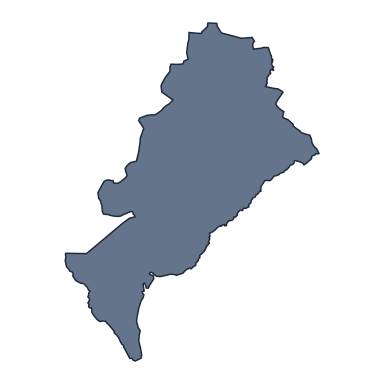 outline of Sumaila, Kano, Nigeria
{"feature_id": "59680162B87731060313783", "entity_name": "Sumaila", "entity_type": "district", "adm_level": 2, "iso_a3": "NGA", "parent_name": "Nigeria", "parent_adm1": "Kano", "projection": "mercator", "projection_center": [8.898, 11.256], "detail": "fine", "context": "isolated", "style": "filled", "palette": "slate", "viewbox_px": 384, "rotation_deg": 0, "n_neighbors": 0, "source": "geoboundaries", "source_scale": "gbopen_adm2", "svg_char_len": 5964}
<svg xmlns="http://www.w3.org/2000/svg" viewBox="0 0 384 384"><path d="M268.3,47.6L263.6,47.4L261.2,48.2L253.5,49.1L252.8,45.9L252.9,43.2L254.5,41.2L252.0,37.4L250.3,37.6L241.4,38.3L225.9,34.1L221.4,33.0L217.1,26.1L217.1,25.0L216.8,23.4L209.2,23.0L207.8,23.2L207.4,26.7L201.7,32.0L201.6,33.1L201.2,33.4L197.5,33.3L189.0,32.5L188.9,39.0L187.8,43.5L186.7,52.6L188.1,59.3L187.9,59.5L184.1,60.9L182.8,64.0L177.6,64.4L171.0,64.2L169.9,67.2L170.0,69.1L169.8,71.7L165.5,77.1L161.6,84.2L161.1,86.1L161.8,92.1L173.0,100.0L168.8,104.2L167.1,105.1L165.5,106.2L163.4,108.0L161.5,110.5L158.8,112.3L156.4,114.1L154.3,114.9L151.1,114.9L147.2,115.3L139.8,118.0L138.6,120.5L143.7,128.2L141.9,133.7L140.7,136.8L140.3,138.4L140.2,141.1L139.8,144.1L138.6,152.2L136.4,161.2L130.4,162.6L126.5,166.1L125.8,167.6L125.2,168.3L125.4,169.1L125.5,171.0L127.1,175.0L126.8,176.3L125.1,178.1L124.0,178.9L123.1,179.8L122.3,180.4L120.4,181.9L119.2,182.5L118.4,183.0L116.7,183.4L115.9,183.3L114.5,183.0L113.6,182.9L113.2,181.4L113.1,180.6L111.5,180.6L109.8,180.2L109.6,180.2L108.8,179.9L108.3,179.9L108.2,180.0L107.1,180.1L105.7,180.5L103.8,181.8L97.9,192.7L98.7,198.3L99.9,199.9L100.7,201.8L100.9,203.0L101.7,204.7L102.2,208.4L102.1,210.1L102.6,211.9L103.5,214.1L105.6,214.4L108.2,214.6L110.4,215.4L114.4,216.2L118.4,216.4L120.9,216.0L123.4,214.6L131.0,211.5L132.2,211.6L132.9,212.3L133.2,214.1L134.4,215.1L134.9,216.1L135.0,216.8L129.3,218.3L122.4,223.5L86.5,253.6L65.6,253.3L65.5,255.2L66.0,256.7L65.5,258.9L65.2,260.9L65.8,263.2L66.1,265.0L66.6,266.8L68.6,268.9L69.9,271.2L72.2,272.1L73.0,273.3L73.2,274.5L72.7,275.7L74.1,278.1L75.9,280.6L78.1,281.9L80.9,283.2L84.2,283.8L85.5,285.6L86.8,286.7L87.8,288.3L88.6,290.2L90.0,291.0L88.9,292.8L88.4,295.5L87.9,296.8L89.4,298.6L89.5,300.2L87.9,302.9L89.0,304.3L88.7,305.4L88.6,306.8L89.9,308.0L91.1,308.0L91.7,308.7L91.8,310.2L91.8,312.0L92.5,313.5L94.1,315.9L97.5,319.9L99.8,321.5L102.4,321.1L104.1,321.0L105.4,321.3L107.3,323.5L109.8,325.9L114.3,331.5L114.2,332.9L116.5,334.9L118.8,337.9L120.2,341.3L122.0,344.4L123.6,345.5L123.9,347.4L125.9,351.1L129.8,358.4L131.9,358.3L133.2,360.2L135.3,361.0L141.2,358.1L141.7,355.2L141.0,350.9L140.3,347.0L140.1,346.5L138.8,341.1L139.2,335.1L140.2,330.7L138.2,327.6L136.6,321.4L136.9,317.3L137.9,312.8L138.9,307.8L141.1,300.9L142.9,298.1L143.9,294.9L142.8,293.5L142.1,291.4L144.1,291.1L143.5,286.9L143.2,284.1L143.3,283.6L144.7,283.2L145.9,286.2L146.3,288.0L147.5,288.2L148.3,288.1L149.4,285.6L153.8,278.8L153.3,276.0L152.2,275.3L149.7,274.5L149.8,272.6L151.6,272.3L152.6,272.8L152.9,273.1L153.5,274.0L154.5,275.0L155.3,275.2L156.0,275.7L156.3,276.2L157.0,276.4L157.9,276.4L158.8,276.3L159.8,276.7L166.2,275.3L170.8,274.1L176.2,274.9L176.3,275.3L182.9,273.2L184.9,271.0L186.8,269.3L188.4,268.7L189.4,268.1L190.1,268.0L190.3,268.2L190.6,268.7L191.2,268.7L192.0,268.1L192.6,267.3L193.1,266.9L193.3,266.9L194.4,265.9L195.6,265.5L195.8,264.2L196.0,263.2L196.4,262.4L197.5,261.6L198.3,260.5L198.3,259.4L199.0,258.2L199.7,257.9L199.9,256.7L199.6,255.8L200.2,254.9L201.6,254.0L201.9,253.5L202.2,253.4L202.6,252.9L203.3,252.1L204.2,251.4L204.4,250.4L204.6,250.0L204.8,249.9L205.1,249.9L205.4,249.8L205.5,249.2L205.9,248.1L205.8,247.6L205.9,247.3L206.4,247.1L206.8,246.6L206.7,246.4L206.5,246.2L206.7,245.7L206.8,245.6L207.1,245.6L207.4,245.4L209.3,243.4L209.2,243.2L208.9,243.2L208.4,242.9L208.4,242.7L208.5,242.4L208.9,242.1L208.5,241.6L208.5,241.2L208.6,240.9L208.8,240.7L209.2,240.1L209.7,238.6L209.5,238.1L209.2,237.8L209.0,237.3L209.6,236.8L210.0,236.2L209.9,235.4L209.4,233.4L210.8,232.7L211.7,232.1L212.5,232.0L216.0,229.1L217.2,227.6L218.9,226.7L220.0,225.8L220.8,226.2L221.6,225.9L222.3,225.1L223.2,224.7L224.4,224.5L224.6,225.0L224.5,225.7L225.3,225.8L226.0,225.7L226.4,225.5L226.5,224.9L226.2,224.6L226.3,224.1L226.7,223.8L227.1,222.9L227.6,222.2L228.1,221.4L229.0,220.8L230.0,220.7L230.9,220.5L232.0,220.3L233.8,218.4L233.8,217.3L234.2,217.1L234.8,216.9L235.6,217.0L237.4,215.1L237.2,214.2L237.6,213.1L238.1,212.3L239.5,210.6L240.6,210.0L241.4,210.1L241.9,210.5L242.4,210.6L242.8,210.4L243.1,208.9L243.4,208.4L244.2,208.2L245.7,208.4L247.8,207.3L248.8,206.9L248.7,206.0L248.9,204.1L249.2,203.9L249.9,203.8L251.0,202.5L251.2,200.3L252.4,199.1L252.9,198.0L254.0,197.5L255.2,196.8L255.9,195.6L256.2,194.6L257.4,194.2L258.4,193.2L258.9,192.1L260.0,191.6L261.1,190.9L260.5,189.9L260.9,188.6L260.8,186.9L262.2,184.7L264.9,180.6L266.0,180.4L267.6,180.5L269.1,180.7L270.7,180.1L272.0,178.9L272.9,177.4L274.4,176.0L275.8,175.8L277.6,175.2L279.0,174.6L280.1,173.3L283.6,172.2L285.1,170.4L286.8,169.7L287.5,168.7L288.8,167.6L290.2,165.2L292.6,164.5L293.7,163.6L294.2,162.3L294.3,161.1L295.2,160.6L297.1,161.0L298.8,161.5L300.9,162.3L302.7,163.0L303.3,164.0L304.0,164.9L306.6,163.1L308.9,160.9L310.8,159.5L311.5,158.5L311.6,156.9L312.3,155.8L313.8,155.4L315.3,154.6L315.6,153.8L316.8,153.7L318.0,153.9L318.4,153.1L318.8,153.2L318.5,152.3L316.6,148.8L313.6,145.9L312.0,142.6L311.3,138.9L309.9,135.3L304.2,133.7L301.0,132.4L300.2,131.2L295.3,127.8L293.1,125.9L293.1,124.4L287.9,119.6L284.6,118.4L282.5,117.0L283.2,114.0L283.9,111.8L280.5,109.5L277.2,106.5L275.7,103.9L277.4,100.5L283.0,92.2L282.0,91.2L278.0,88.9L274.6,88.5L267.3,87.0L265.5,86.3L265.8,86.1L266.3,85.8L266.5,85.4L266.5,85.2L266.2,84.8L266.2,84.5L266.8,84.0L267.2,83.4L267.3,82.6L267.0,82.1L266.6,81.6L266.4,81.2L266.5,80.8L266.7,80.5L266.9,80.4L267.3,79.8L267.3,79.4L267.1,79.1L266.9,77.6L267.4,77.1L267.8,76.8L268.3,76.1L268.7,75.1L270.3,73.9L270.5,73.7L270.6,73.2L270.6,72.8L270.2,72.5L269.9,72.3L269.9,71.9L270.3,71.3L270.3,70.8L270.5,70.1L270.8,69.7L271.7,69.9L272.3,70.0L272.8,70.3L273.2,70.4L273.4,70.3L273.6,70.0L273.5,69.7L273.3,69.3L272.4,68.6L272.6,67.8L273.0,67.5L272.9,67.5L273.2,67.0L273.2,66.6L272.6,66.2L271.8,64.8L271.7,63.7L271.8,63.0L272.3,62.4L272.5,61.6L272.0,61.2L271.8,60.4L272.7,60.4L272.8,59.9L272.1,58.8L271.7,58.5L271.4,57.7L271.5,56.6L271.3,55.7L270.8,55.0L268.3,47.6Z" fill="#64748b" stroke="#1e293b" stroke-width="1.5"/></svg>